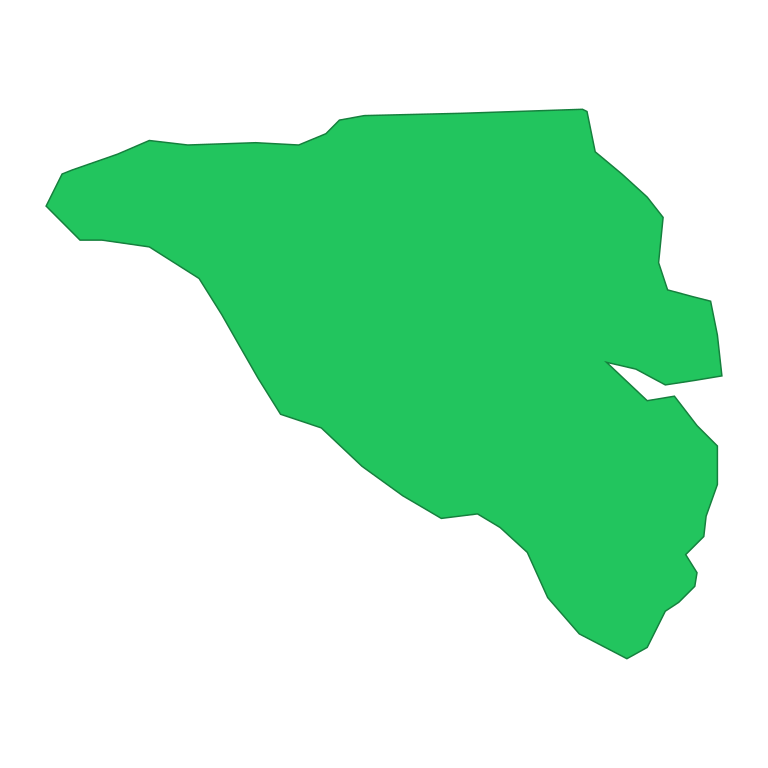 outline of Nam-gu [South District], Ulsan, South Korea
{"feature_id": "91817680B65451529480853", "entity_name": "Nam-gu [South District]", "entity_type": "district", "adm_level": 2, "iso_a3": "KOR", "parent_name": "South Korea", "parent_adm1": "Ulsan", "projection": "mercator", "projection_center": [129.334, 35.502], "detail": "fine", "context": "isolated", "style": "filled", "palette": "green", "viewbox_px": 768, "rotation_deg": 0, "n_neighbors": 0, "source": "geoboundaries", "source_scale": "gbopen_adm2", "svg_char_len": 872}
<svg xmlns="http://www.w3.org/2000/svg" viewBox="0 0 768 768"><path d="M582.5,109.3L461.7,113.3L364.3,115.6L339.4,120.1L325.9,133.7L298.7,145.0L255.7,142.7L187.8,145.0L149.3,140.5L117.7,154.1L72.4,169.9L62.1,174.0L46.1,206.1L80.0,240.1L101.8,240.1L149.3,246.9L199.1,278.5L221.8,314.7L240.4,347.4L240.6,347.6L240.7,347.9L258.0,378.1L280.6,414.3L321.3,427.9L362.1,466.4L402.8,495.8L441.3,518.4L477.5,513.9L500.1,527.5L527.3,552.4L547.7,597.6L579.3,633.9L626.9,658.7L647.2,647.4L665.3,611.2L678.9,602.2L694.8,586.3L697.0,572.7L685.7,554.6L703.8,536.5L706.1,516.2L717.4,484.5L717.4,446.0L697.0,425.6L674.4,396.2L647.2,400.7L606.5,362.3L635.9,369.1L665.3,384.9L694.8,380.4L721.9,375.9L717.4,335.1L710.6,301.2L692.5,296.6L667.6,289.9L658.6,262.7L663.1,217.4L647.2,197.1L622.3,174.4L595.2,151.8L587.0,111.5L582.5,109.3Z" fill="#22c55e" stroke="#15803d" stroke-width="1.5"/></svg>